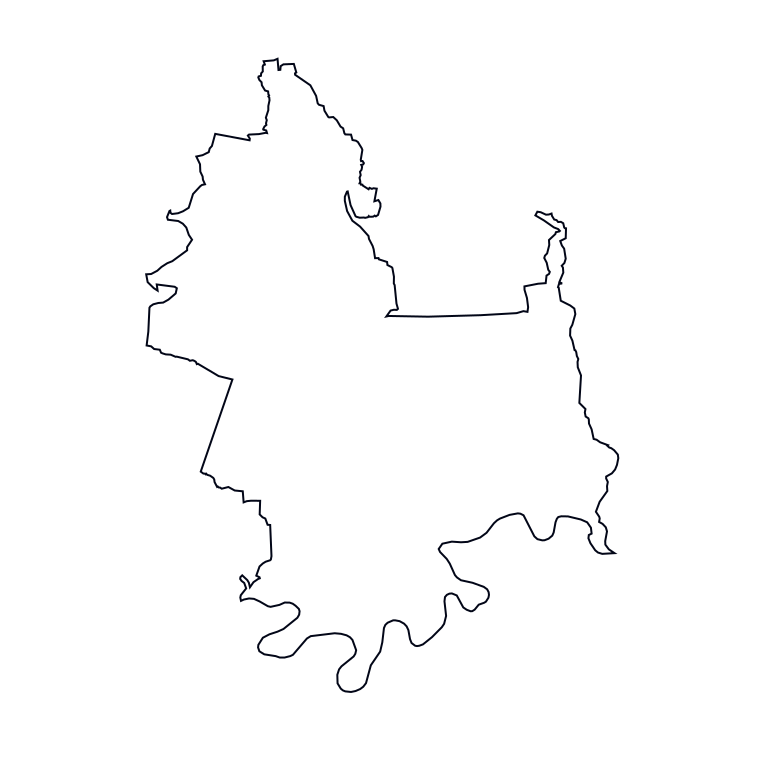 outline of Icusesti, Neamt, Romania, rotated 277°
{"feature_id": "2599482B97507764985483", "entity_name": "Icusesti", "entity_type": "district", "adm_level": 2, "iso_a3": "ROU", "parent_name": "Romania", "parent_adm1": "Neamt", "projection": "albers", "projection_center": [26.969, 46.799], "detail": "fine", "context": "isolated", "style": "outline", "palette": "ink", "viewbox_px": 768, "rotation_deg": 277, "n_neighbors": 0, "source": "geoboundaries", "source_scale": "gbopen_adm2", "svg_char_len": 6153}
<svg xmlns="http://www.w3.org/2000/svg" viewBox="0 0 768 768"><g transform="rotate(277 384 384)"><path d="M244.2,633.4L247.3,627.3L251.5,623.3L255.0,622.7L264.9,623.3L268.8,621.6L271.8,618.0L273.3,614.3L276.8,614.5L278.5,613.8L283.0,609.9L293.4,612.4L305.0,618.7L309.8,617.8L314.0,618.1L317.3,616.0L319.2,615.8L323.1,621.1L327.3,623.8L332.1,625.1L338.9,625.6L342.4,624.7L346.3,620.5L348.0,617.4L348.4,615.3L350.0,613.1L350.6,613.7L352.5,605.6L354.6,601.8L355.0,598.8L364.3,595.6L369.7,592.3L373.8,591.6L374.9,591.0L376.3,588.1L380.2,586.8L383.7,587.0L389.0,580.2L416.5,578.5L424.2,574.3L429.5,573.4L432.5,573.8L435.3,572.0L439.1,570.9L440.8,569.8L440.9,569.0L450.0,565.7L454.7,562.8L461.8,562.2L465.7,563.7L476.7,565.4L482.1,563.7L484.6,559.3L488.2,549.3L500.8,545.7L501.3,544.9L504.7,545.5L505.3,547.8L505.8,547.8L506.5,545.6L516.4,548.4L521.4,547.4L523.0,546.0L526.1,548.3L530.5,549.1L540.3,546.3L543.1,543.7L547.4,541.5L550.8,546.6L560.7,545.7L560.7,544.5L561.3,543.8L565.4,542.3L566.5,539.8L566.0,537.1L567.7,535.3L568.0,532.9L571.4,530.2L573.6,529.5L572.3,526.9L571.8,524.1L573.6,518.6L573.7,515.2L569.8,513.7L565.9,522.7L560.1,533.6L559.0,538.0L557.4,539.9L556.8,539.4L555.6,536.1L553.7,535.8L547.0,530.2L542.1,531.1L533.5,530.0L531.0,528.1L528.6,527.7L524.2,530.7L517.4,533.1L515.5,534.9L513.4,534.4L511.4,532.1L503.8,532.2L502.3,524.7L498.0,511.5L494.6,512.0L486.8,515.4L477.8,517.7L473.1,517.6L473.3,513.5L470.5,507.0L464.1,471.7L456.2,419.6L452.1,380.4L451.3,378.1L457.7,381.6L458.9,384.8L459.1,387.7L460.3,388.7L465.3,386.6L483.5,382.5L484.9,381.5L491.7,380.8L500.1,378.2L500.9,377.4L502.5,372.9L505.5,372.2L507.1,363.8L508.3,363.2L507.8,359.8L516.5,357.3L519.6,355.9L526.2,351.4L529.0,350.6L537.3,341.1L542.2,332.7L551.2,326.3L561.0,322.8L565.1,322.3L570.4,323.8L570.7,324.5L557.5,329.0L547.1,335.3L546.6,336.2L546.1,339.7L546.8,343.8L546.6,345.0L547.6,347.7L548.8,348.4L548.2,348.9L548.5,351.4L548.9,353.1L550.0,354.2L549.4,355.5L551.1,357.5L559.6,358.9L562.8,358.4L565.9,356.0L564.2,352.2L577.0,353.0L577.0,349.7L576.2,348.2L576.9,345.7L575.4,345.0L578.4,338.7L579.2,338.3L579.1,336.7L580.4,336.2L580.3,335.3L582.1,335.8L585.7,334.6L588.5,335.4L591.7,334.3L593.9,335.6L596.9,335.8L598.7,334.7L599.4,336.6L600.8,337.1L602.7,335.5L602.4,334.1L603.7,333.6L613.7,334.0L615.4,333.1L621.0,328.6L622.1,326.4L622.3,323.0L627.5,320.9L627.0,315.2L628.1,314.1L632.8,312.3L634.2,309.5L640.0,305.0L642.8,301.1L641.9,297.0L642.3,296.1L648.0,291.6L652.5,290.2L653.2,285.5L654.5,284.0L661.7,281.5L671.5,274.5L680.1,258.1L681.5,257.8L682.5,259.0L690.7,255.5L689.0,245.2L686.9,242.7L683.2,242.8L682.8,241.0L693.8,238.7L691.8,235.2L689.7,225.2L686.5,226.8L685.8,225.4L684.4,224.9L679.4,225.6L677.4,224.2L674.9,224.3L674.0,222.1L672.9,221.9L670.5,223.3L668.6,225.7L665.6,226.4L660.8,230.2L660.3,233.3L657.3,234.0L656.5,234.8L655.2,234.2L654.4,235.2L651.6,235.8L645.8,235.3L641.7,235.8L633.9,234.3L631.6,235.5L628.4,235.1L626.8,235.7L625.0,234.0L622.2,233.0L621.7,233.3L621.3,236.2L618.8,237.3L618.9,236.0L616.8,229.4L615.1,219.6L614.0,218.6L611.2,220.9L609.5,220.9L611.7,186.0L599.3,184.2L596.5,182.3L592.8,181.8L589.0,176.0L586.9,170.0L579.7,174.6L572.4,175.8L567.8,178.7L564.7,179.4L560.4,182.0L559.4,179.1L558.0,177.6L549.3,171.3L535.1,168.7L530.9,163.4L528.4,158.8L526.9,152.9L527.9,151.2L530.1,150.7L529.6,150.0L523.2,148.3L520.7,149.5L520.7,159.9L518.6,164.8L515.2,168.7L508.2,172.1L503.8,175.9L495.9,171.9L492.7,172.3L480.1,158.9L477.5,154.2L473.1,148.9L468.8,145.2L464.8,139.5L463.9,134.6L456.3,137.0L451.1,143.8L449.1,147.9L455.1,146.3L455.0,164.4L453.8,166.7L448.5,166.2L441.5,159.8L437.9,154.9L436.9,150.1L435.0,145.3L432.6,142.6L431.1,141.9L407.2,143.7L393.3,143.7L393.0,148.3L390.7,151.6L390.7,157.3L387.9,158.9L387.4,160.5L386.8,163.8L387.1,168.7L385.6,173.8L385.9,174.9L384.6,186.4L383.4,188.5L384.3,191.3L383.8,193.1L383.0,194.6L380.9,195.8L381.4,196.8L371.7,218.9L370.0,233.0L274.7,212.8L273.1,215.6L273.2,217.5L272.7,217.9L273.3,218.5L272.3,219.6L271.8,222.6L270.0,226.0L268.6,227.1L266.0,227.8L261.5,230.9L262.0,231.5L261.2,232.5L261.2,234.0L260.3,235.7L262.8,242.1L260.1,248.8L260.3,256.9L249.4,259.1L251.0,262.1L251.9,266.1L253.0,275.3L239.4,276.5L236.9,279.7L236.0,282.6L230.1,285.6L230.2,288.2L199.4,293.3L196.0,293.1L195.2,292.5L193.2,288.2L191.1,285.6L187.7,282.7L178.2,280.6L177.0,284.0L176.0,284.4L175.2,282.9L171.4,278.6L165.9,275.7L170.3,274.1L172.7,272.2L176.8,266.6L174.8,265.0L173.0,265.0L171.2,266.6L169.5,269.5L164.3,272.1L156.9,267.6L154.5,267.4L151.3,268.5L153.0,271.2L154.7,276.2L154.9,281.1L153.0,287.1L149.3,295.8L149.0,298.6L152.0,307.1L155.0,312.1L155.5,317.0L154.8,320.2L153.1,323.3L150.4,326.9L148.2,327.9L144.7,327.9L141.4,326.5L128.6,314.1L125.2,308.5L121.6,300.8L117.4,294.7L109.8,291.1L107.2,291.1L103.5,292.9L101.1,298.1L100.7,309.7L99.8,313.9L100.4,318.7L102.5,324.1L104.1,326.6L122.0,338.5L124.8,342.0L130.6,365.4L130.8,371.8L130.0,377.5L128.5,381.1L126.1,383.9L116.4,388.8L112.7,388.4L109.9,387.1L98.6,376.2L95.3,374.2L89.7,373.1L81.2,374.4L76.4,378.2L74.9,380.5L74.2,383.0L74.3,388.8L75.8,393.2L78.3,397.5L81.0,400.3L84.9,402.6L103.2,405.2L117.9,412.8L127.4,413.8L141.8,413.7L145.1,414.7L147.5,416.7L150.5,421.8L150.8,423.9L150.5,428.4L148.6,433.1L146.2,436.0L142.7,438.2L134.0,440.9L130.3,442.9L128.0,446.8L127.9,448.7L128.5,450.9L130.3,454.4L138.6,462.5L149.6,471.0L153.3,472.9L161.4,473.9L175.7,470.5L180.0,470.5L182.4,472.1L183.9,474.5L184.4,476.9L183.0,482.0L171.9,489.9L170.0,493.6L169.0,497.6L169.3,499.3L171.1,501.5L176.5,504.9L179.1,510.1L180.4,511.7L184.6,513.7L187.5,513.9L190.2,513.2L192.8,511.4L194.8,507.8L197.5,496.1L198.6,484.3L200.9,480.0L203.0,477.7L213.7,471.2L218.0,467.6L224.1,460.1L226.9,458.4L232.6,461.4L235.8,470.5L236.3,479.7L237.5,486.3L243.3,498.1L248.8,503.9L259.2,510.1L262.5,512.9L264.6,515.6L269.4,524.6L271.9,532.6L271.9,535.2L270.7,538.5L251.1,551.8L248.7,555.2L248.1,560.2L248.5,562.4L250.5,566.2L254.0,569.5L257.3,570.5L267.7,571.1L271.3,572.0L273.2,573.2L274.3,576.1L275.0,582.7L273.5,595.9L271.5,602.5L266.6,606.9L260.8,608.3L259.1,605.7L255.8,605.7L251.1,608.3L244.7,613.9L242.8,616.9L242.0,621.3L244.2,633.4Z" fill="none" stroke="#020617" stroke-width="2"/></g></svg>